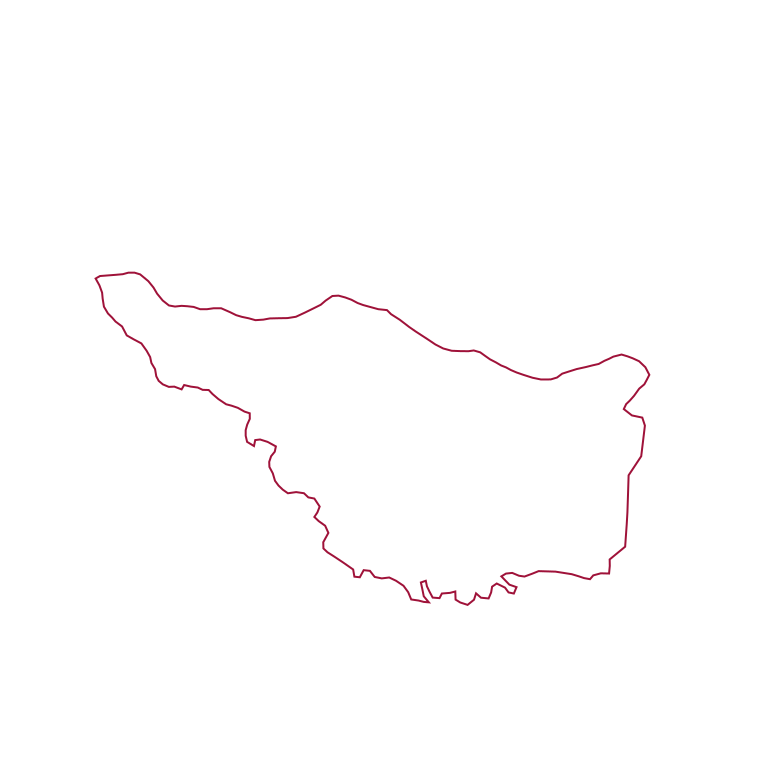 outline of Cachoeira, Bahia, Brazil, rotated 127°
{"feature_id": "56859067B44704214105859", "entity_name": "Cachoeira", "entity_type": "district", "adm_level": 2, "iso_a3": "BRA", "parent_name": "Brazil", "parent_adm1": "Bahia", "projection": "robinson", "projection_center": [-38.874, -12.677], "detail": "fine", "context": "isolated", "style": "outline", "palette": "rose", "viewbox_px": 768, "rotation_deg": 127, "n_neighbors": 0, "source": "geoboundaries", "source_scale": "gbopen_adm2", "svg_char_len": 2873}
<svg xmlns="http://www.w3.org/2000/svg" viewBox="0 0 768 768"><g transform="rotate(127 384 384)"><path d="M415.9,102.0L410.9,101.7L404.7,96.9L399.9,90.2L393.4,94.2L388.3,98.2L368.8,93.5L349.7,105.9L340.1,112.3L324.3,123.4L309.7,133.7L286.9,135.1L260.2,150.6L255.4,157.5L259.9,167.1L259.7,177.4L254.3,178.5L249.4,177.7L242.9,177.2L234.1,177.4L227.6,175.9L222.8,176.6L217.0,177.6L213.3,185.4L212.3,194.0L213.8,200.9L215.3,206.0L217.5,212.0L224.1,217.3L228.4,219.4L232.8,221.9L238.8,224.6L243.4,228.5L249.1,233.1L256.1,239.1L262.4,243.6L268.5,247.9L274.7,249.7L280.0,253.6L285.9,261.3L289.6,269.1L292.8,278.2L295.0,285.0L296.5,291.1L297.3,296.5L298.7,301.6L299.4,307.7L300.5,314.2L300.7,320.7L300.8,326.2L303.2,332.5L306.9,336.2L311.5,342.4L316.7,349.9L320.0,358.1L321.5,366.7L322.0,375.9L323.0,390.4L323.3,398.0L323.2,410.1L324.0,420.4L323.2,426.1L327.7,433.6L331.0,441.9L333.5,448.2L335.2,453.8L336.3,460.7L338.2,467.0L340.8,473.5L344.8,478.2L352.5,480.8L358.8,482.2L365.6,485.6L374.5,490.1L383.3,494.8L389.4,500.7L395.4,508.4L400.4,514.7L405.2,519.1L410.4,525.1L412.9,531.5L415.9,537.9L418.0,543.5L419.2,549.8L421.5,559.6L426.0,565.6L430.9,570.5L434.9,575.8L437.0,582.4L440.2,587.8L443.4,592.7L447.9,597.5L450.7,603.0L450.5,611.0L448.4,619.6L445.7,626.1L443.7,634.1L443.2,644.7L445.2,650.2L449.0,655.2L453.5,658.7L458.2,663.9L463.4,669.8L468.7,675.8L473.3,677.8L476.5,670.6L480.7,664.1L485.1,660.1L490.8,654.2L493.8,646.9L494.6,641.0L495.7,636.0L495.7,627.8L500.0,618.7L499.0,611.0L497.6,602.2L500.3,593.6L503.2,587.0L507.2,582.4L509.9,575.8L514.9,570.5L517.1,565.8L517.4,560.4L515.8,554.1L512.3,549.9L510.1,542.4L505.1,543.0L502.4,536.8L498.9,530.6L497.8,525.3L494.3,520.4L495.2,515.1L495.7,507.3L495.2,497.9L493.1,492.8L491.0,486.4L490.0,478.8L488.2,473.6L492.6,470.2L498.8,468.8L504.1,466.7L508.6,463.3L512.6,458.5L511.8,450.5L506.3,453.1L502.9,449.6L500.3,442.2L498.9,432.8L503.8,430.5L509.6,430.7L515.3,428.8L519.2,425.6L522.3,419.0L526.9,412.8L528.6,407.1L529.3,401.3L529.1,395.0L523.2,389.1L519.4,382.2L520.1,376.2L517.4,370.7L520.6,361.6L526.7,359.9L532.1,359.6L532.8,353.6L532.6,345.7L536.4,338.8L546.9,337.3L551.8,333.4L552.4,327.9L551.8,320.2L551.2,310.3L550.9,302.5L550.7,297.0L555.7,291.7L552.9,287.0L544.9,288.2L541.7,282.8L543.7,275.3L540.6,268.8L535.4,263.4L533.9,256.0L533.4,247.0L535.7,239.4L539.7,232.6L536.1,226.0L534.1,221.1L531.4,216.8L529.6,224.5L524.8,229.9L520.3,235.1L516.0,232.2L519.7,228.0L522.3,223.0L525.3,216.6L521.6,210.8L516.5,211.7L511.1,205.6L506.8,202.2L513.1,197.1L512.6,191.6L510.1,184.3L502.1,182.3L495.8,184.5L496.3,177.9L492.3,171.4L486.0,173.0L480.8,175.7L475.5,173.9L473.8,164.8L475.5,159.1L473.2,154.2L466.5,155.9L468.8,163.1L467.0,174.5L462.0,172.5L457.7,167.9L455.9,160.8L453.2,155.9L446.2,151.4L440.4,147.9L430.7,134.2L422.9,119.6L420.4,112.8L418.6,107.4L415.9,102.0Z" fill="none" stroke="#9f1239" stroke-width="2"/></g></svg>